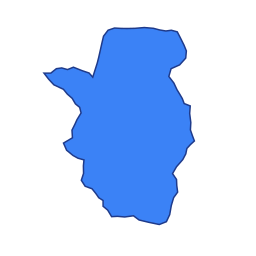 the district of Embu das Artes, São Paulo, Brazil, rotated 259°
{"feature_id": "56859067B44512508198046", "entity_name": "Embu das Artes", "entity_type": "district", "adm_level": 2, "iso_a3": "BRA", "parent_name": "Brazil", "parent_adm1": "São Paulo", "projection": "robinson", "projection_center": [-46.849, -23.649], "detail": "fine", "context": "isolated", "style": "filled", "palette": "blue", "viewbox_px": 256, "rotation_deg": 259, "n_neighbors": 0, "source": "geoboundaries", "source_scale": "gbopen_adm2", "svg_char_len": 1197}
<svg xmlns="http://www.w3.org/2000/svg" viewBox="0 0 256 256"><g transform="rotate(259 128 128)"><path d="M68.2,165.8L74.7,163.0L80.7,168.2L86.6,175.8L91.6,179.8L96.7,181.9L99.8,186.1L102.6,190.7L107.9,189.8L114.2,188.9L121.4,190.7L130.5,191.3L137.8,193.3L141.3,187.8L146.6,186.9L151.4,185.2L156.2,183.4L163.4,181.6L170.8,177.9L178.0,181.6L180.1,190.7L185.6,198.0L192.5,200.0L198.6,198.8L206.9,196.5L213.0,194.7L215.7,189.2L216.0,183.7L218.2,177.8L221.0,172.0L223.5,163.2L224.5,153.9L225.8,146.3L227.0,140.5L228.7,133.8L227.8,127.1L222.8,121.5L215.7,118.3L209.7,115.7L203.1,112.8L197.6,110.2L184.6,103.1L189.4,100.3L193.1,93.8L198.1,86.0L196.9,79.8L199.6,74.4L199.9,69.0L196.6,62.7L197.9,56.0L190.9,59.5L184.5,63.5L178.3,72.0L172.9,74.9L167.7,78.9L161.7,81.0L157.5,84.5L151.7,84.8L145.9,79.5L141.8,76.6L136.6,72.6L129.0,71.6L125.5,61.8L117.9,63.5L111.5,68.8L107.9,73.1L105.1,78.7L99.4,77.0L91.9,75.7L85.6,72.2L79.0,74.8L75.2,81.1L69.9,83.9L65.1,86.0L61.6,89.7L55.9,88.6L51.3,92.4L44.1,95.0L43.3,100.8L41.3,107.8L40.8,116.6L35.6,121.3L31.5,130.3L27.3,140.3L28.7,147.8L35.0,152.4L43.6,155.7L50.9,159.5L55.6,164.5L62.2,164.9L68.2,165.8Z" fill="#3b82f6" stroke="#1e3a8a" stroke-width="1.5"/></g></svg>